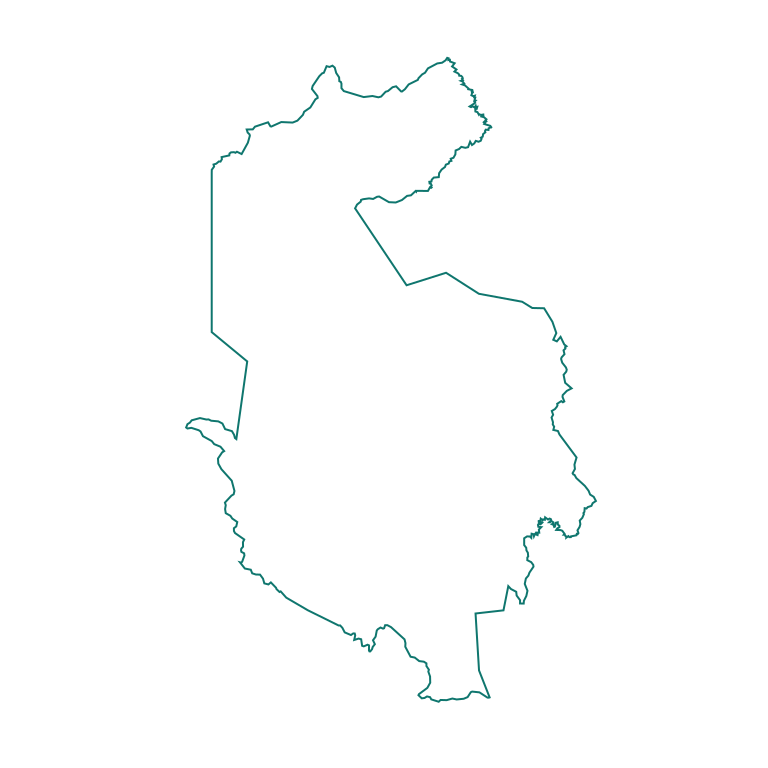 outline of Sefwi Akontombra, Western, Ghana, rotated 85°
{"feature_id": "2480657B96818528094138", "entity_name": "Sefwi Akontombra", "entity_type": "district", "adm_level": 2, "iso_a3": "GHA", "parent_name": "Ghana", "parent_adm1": "Western", "projection": "mercator", "projection_center": [-2.718, 6.094], "detail": "fine", "context": "isolated", "style": "outline", "palette": "teal", "viewbox_px": 768, "rotation_deg": 85, "n_neighbors": 0, "source": "geoboundaries", "source_scale": "gbopen_adm2", "svg_char_len": 6089}
<svg xmlns="http://www.w3.org/2000/svg" viewBox="0 0 768 768"><g transform="rotate(85 384 384)"><path d="M561.1,531.8L562.6,528.3L563.1,524.1L567.4,521.5L572.2,520.6L573.6,516.6L571.8,514.0L577.6,509.3L578.9,509.0L582.1,506.2L581.6,505.0L588.3,500.0L602.7,479.7L620.6,450.3L620.7,448.7L623.3,446.7L628.0,444.8L631.2,438.8L629.8,436.4L630.0,434.9L631.9,434.6L636.4,436.0L635.4,431.5L636.3,429.0L642.9,428.6L643.6,427.0L642.3,423.1L643.1,421.7L648.2,422.2L649.1,421.8L649.2,421.0L647.1,419.0L645.0,418.2L642.4,415.8L638.3,417.3L635.0,414.4L629.0,412.7L627.8,411.6L626.3,408.7L627.6,406.3L627.3,405.2L624.4,403.9L624.6,401.6L626.8,398.2L640.2,385.8L644.0,385.2L647.6,385.7L658.0,381.3L659.2,377.2L663.1,373.1L664.1,368.5L666.0,366.1L668.7,366.3L672.5,364.2L674.4,364.9L679.4,363.6L685.6,364.0L690.5,367.3L696.0,376.2L697.0,376.8L700.4,373.8L700.3,371.0L699.0,368.4L700.0,365.4L702.3,364.4L705.3,357.2L703.7,355.2L704.4,349.1L703.3,343.3L704.6,339.1L704.5,332.0L703.2,328.0L698.6,324.4L698.1,323.0L699.5,315.8L705.4,308.3L705.6,306.9L705.4,306.1L677.6,314.3L620.6,312.8L619.9,284.7L596.2,277.8L599.3,275.4L602.5,270.4L606.3,270.3L611.2,267.3L614.5,267.6L614.9,264.0L612.1,263.5L607.6,260.7L602.5,259.1L595.4,261.2L590.1,259.6L587.5,256.9L584.5,255.5L579.0,251.0L577.2,251.1L574.3,252.9L572.0,256.6L569.3,256.3L568.4,255.4L564.6,255.4L562.2,256.6L559.5,256.6L556.7,258.4L549.9,257.8L548.3,254.8L548.6,252.0L550.1,250.7L546.0,250.0L546.6,248.2L548.8,247.9L546.6,246.7L547.9,244.2L547.2,244.0L546.1,245.8L545.3,245.5L545.6,242.3L542.5,242.4L540.3,239.8L539.7,242.7L537.8,242.9L537.0,242.3L537.4,240.3L535.9,238.4L535.4,239.2L536.1,240.9L535.0,241.9L534.0,241.8L534.0,240.2L531.8,239.6L533.6,237.8L532.7,237.2L533.3,235.6L530.9,235.1L533.3,232.4L532.5,230.8L533.1,229.6L534.2,229.3L536.1,231.5L536.2,230.6L534.9,229.6L536.6,227.3L537.4,227.3L538.3,228.9L539.1,227.4L541.2,226.9L541.0,226.2L537.2,224.9L536.9,223.0L539.1,223.1L540.6,221.6L541.9,221.7L542.9,223.9L544.4,225.1L544.9,220.9L545.7,219.2L549.0,217.2L549.8,218.0L549.9,217.0L551.5,216.4L551.8,215.4L552.9,215.7L551.6,213.5L552.7,212.7L552.8,211.2L552.1,211.0L551.5,205.5L550.1,205.0L550.4,204.1L549.5,203.3L546.6,204.0L543.4,201.6L540.7,200.6L537.1,200.9L534.6,198.1L531.0,196.2L530.0,196.6L528.8,195.5L525.2,194.9L525.7,193.1L524.4,191.8L523.5,188.0L520.9,186.5L519.0,183.1L514.7,184.9L512.1,188.3L508.2,189.5L503.0,192.8L494.5,200.6L491.2,202.1L490.6,203.3L489.3,203.9L485.3,201.2L480.9,201.3L474.0,198.6L449.6,213.6L446.0,214.8L444.5,219.3L441.4,218.2L439.0,219.4L436.8,219.0L432.0,220.0L429.4,218.2L425.5,219.2L423.9,215.9L421.7,213.8L420.3,213.0L418.8,213.2L416.5,208.9L417.8,207.4L417.1,205.9L412.4,207.3L410.6,206.9L406.8,202.5L404.7,197.5L398.6,203.4L390.5,204.3L387.6,201.4L385.7,200.7L383.4,201.3L378.3,204.6L374.5,205.4L373.0,204.8L370.0,201.6L366.1,202.2L364.5,200.2L363.1,200.4L362.3,198.9L360.3,201.0L352.4,204.0L356.6,208.1L354.7,211.5L348.3,207.9L336.7,210.8L322.5,217.9L321.2,229.7L314.1,239.2L302.4,281.6L278.6,312.5L287.6,352.9L206.5,397.5L202.9,395.2L200.3,391.3L198.6,390.8L198.1,388.7L197.8,382.7L198.7,378.7L196.9,374.6L196.8,372.5L203.3,363.2L204.2,356.5L202.3,350.1L198.6,344.6L198.4,340.7L194.5,335.7L195.1,335.2L194.4,335.0L195.5,323.4L192.0,321.0L192.7,320.0L192.3,319.4L191.2,320.1L190.3,319.2L188.5,319.9L188.2,321.1L186.5,321.2L186.4,319.1L184.6,318.6L182.7,316.4L182.7,311.4L178.8,310.7L175.4,307.9L173.1,304.3L170.9,303.3L170.0,300.3L168.0,299.5L167.6,297.4L165.4,297.9L164.7,295.1L161.5,292.9L157.6,292.3L156.5,288.8L154.5,286.3L155.8,282.4L155.4,279.6L150.1,277.1L153.6,275.5L152.2,273.1L149.8,271.4L150.9,268.7L150.1,266.4L148.1,265.4L147.1,266.1L146.2,264.1L143.7,263.5L142.1,261.1L140.9,261.4L139.5,260.5L140.0,257.8L138.4,257.5L137.5,255.2L138.3,254.3L136.1,255.6L133.7,261.5L132.9,260.8L131.9,261.8L130.6,260.2L131.7,259.9L131.3,259.1L129.9,259.7L129.2,258.9L126.9,261.2L126.0,263.7L125.0,262.9L125.1,261.6L124.2,261.6L124.4,264.1L123.5,265.6L124.0,266.0L121.3,267.2L120.5,269.2L117.8,269.1L118.0,267.7L116.0,266.9L116.2,268.2L114.8,268.4L116.4,269.6L115.1,271.6L115.8,273.2L115.0,274.5L112.2,269.2L111.4,268.7L110.7,269.3L109.7,268.1L109.4,269.2L106.6,268.1L106.3,269.1L104.7,268.4L105.0,270.0L104.0,271.8L101.9,270.9L100.4,271.1L100.8,270.1L98.8,270.4L97.7,274.3L97.1,274.0L93.6,277.3L92.4,280.0L91.7,277.9L89.6,279.2L88.7,280.9L88.2,278.9L86.8,279.7L86.3,278.9L85.1,279.2L83.8,280.2L83.4,282.2L82.2,282.2L80.8,283.4L78.9,286.6L77.0,284.4L73.6,288.5L70.6,285.7L68.5,290.1L66.8,290.1L66.9,291.6L65.2,291.2L64.6,292.6L66.9,294.4L69.0,298.1L69.3,303.0L73.4,312.7L77.5,316.0L78.9,319.0L82.4,323.0L84.0,323.8L87.7,333.3L92.2,337.5L94.2,340.6L94.0,341.5L88.5,346.0L89.1,349.6L92.5,354.5L93.0,356.9L97.4,361.8L97.9,364.6L96.1,370.4L96.4,379.2L88.7,398.5L85.6,400.6L81.0,400.2L79.3,400.7L78.5,402.1L74.6,402.0L70.0,404.5L64.5,405.5L62.4,407.6L63.4,410.6L62.4,413.5L68.7,416.8L69.1,418.5L71.7,421.6L80.9,429.1L83.8,430.1L91.4,425.2L93.2,425.1L94.4,427.5L102.1,433.3L105.8,439.8L108.8,441.3L114.1,447.3L115.6,452.2L114.1,463.5L117.7,473.8L117.4,474.7L113.2,476.7L116.4,490.1L118.9,492.5L118.5,498.6L121.6,497.9L123.6,496.2L125.0,496.0L131.8,498.6L142.5,505.8L139.8,510.3L140.7,511.8L140.0,513.2L139.9,516.2L140.9,517.8L142.8,518.2L143.8,526.0L146.0,525.9L148.2,527.5L147.9,529.1L149.9,531.9L150.5,534.7L152.6,534.3L155.6,536.9L158.4,537.2L317.3,551.1L349.6,518.3L426.0,535.9L424.8,537.2L421.5,537.8L417.7,539.6L415.1,546.2L409.3,548.4L406.8,552.3L405.5,559.4L404.0,561.8L403.9,564.1L401.9,570.3L403.4,578.7L405.6,580.8L406.9,583.3L410.1,584.9L411.2,583.7L410.9,579.7L413.9,572.6L415.3,570.9L420.2,568.9L425.8,560.6L429.1,558.4L432.2,552.4L436.9,549.1L438.0,551.2L443.8,555.9L448.9,556.0L454.7,553.4L467.1,544.1L477.5,542.3L480.8,543.4L481.9,545.7L488.3,552.8L490.9,552.2L494.7,553.2L498.9,552.9L501.9,548.5L504.8,546.9L508.7,542.2L513.0,543.6L514.6,546.1L517.4,546.3L519.5,545.4L526.7,536.8L529.3,538.3L533.8,538.6L535.6,540.5L537.1,540.9L538.8,540.7L540.5,538.1L542.7,538.0L548.7,540.8L549.5,541.8L549.1,543.0L555.7,538.7L557.4,532.9L561.1,531.8Z" fill="none" stroke="#0f766e" stroke-width="2"/></g></svg>